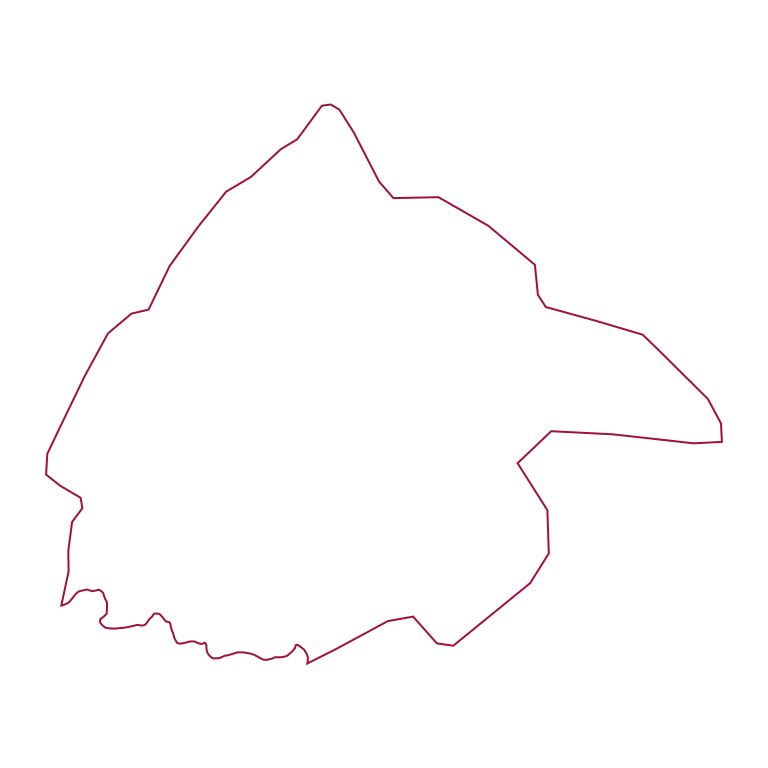 San Antonio, Salto, Uruguay
{"feature_id": "84410073B94997930577424", "entity_name": "San Antonio", "entity_type": "district", "adm_level": 2, "iso_a3": "URY", "parent_name": "Uruguay", "parent_adm1": "Salto", "projection": "orthographic", "projection_center": [-57.814, -31.368], "detail": "fine", "context": "isolated", "style": "outline", "palette": "rose", "viewbox_px": 768, "rotation_deg": 0, "n_neighbors": 0, "source": "geoboundaries", "source_scale": "gbopen_adm2", "svg_char_len": 1949}
<svg xmlns="http://www.w3.org/2000/svg" viewBox="0 0 768 768"><path d="M307.3,663.5L335.6,649.3L387.8,621.1L413.1,616.6L436.9,643.4L453.3,645.7L530.1,583.2L548.8,553.4L547.4,510.2L517.6,463.2L551.2,431.2L612.3,434.3L693.6,443.3L721.9,441.9L721.0,423.4L707.9,399.0L658.5,350.0L642.7,334.7L597.1,321.2L545.8,307.0L537.9,294.8L534.9,264.8L488.2,225.7L438.4,197.2L393.4,198.1L379.1,181.6L353.7,132.3L339.4,109.7L330.8,104.5L321.9,105.7L297.2,139.3L280.9,149.1L251.0,176.9L226.2,191.6L198.1,226.8L169.7,265.9L148.6,309.6L131.5,313.6L108.0,333.4L84.8,375.9L61.3,424.5L47.3,453.8L46.1,474.6L60.4,485.9L80.6,497.8L82.4,508.2L72.1,521.9L68.3,551.0L68.6,571.4L61.3,605.5L63.8,604.9L67.8,603.1L69.9,601.4L73.4,596.9L74.8,595.1L76.1,593.6L78.6,591.6L81.1,590.8L85.4,589.8L87.4,589.6L89.5,590.3L91.8,591.2L96.0,590.5L98.6,589.7L100.8,590.7L103.1,592.8L104.9,598.4L106.8,601.9L107.1,605.2L106.6,613.8L104.0,616.4L100.4,619.1L99.9,621.0L100.5,623.2L103.0,625.8L105.4,627.7L109.8,628.4L114.8,628.6L125.0,627.6L129.8,626.7L132.7,625.9L134.4,625.7L137.0,624.9L142.0,625.5L144.3,625.2L146.1,623.8L149.0,619.7L150.3,618.1L152.2,616.6L153.2,614.7L154.3,613.7L156.2,613.5L158.7,613.8L159.9,614.3L162.0,616.6L165.7,621.3L169.5,622.3L170.2,623.7L171.1,627.4L171.4,629.2L173.2,633.6L174.4,638.1L175.6,640.4L177.0,642.8L179.6,643.7L183.1,643.2L190.5,641.4L192.1,641.4L194.2,641.5L194.7,641.6L198.7,643.3L200.2,643.8L201.7,643.8L203.3,643.5L204.8,642.7L205.9,643.9L206.4,645.3L206.4,647.3L206.5,649.3L207.2,652.0L208.3,654.3L210.8,657.0L213.1,658.4L219.3,658.2L224.6,655.8L228.2,655.2L237.3,652.4L241.4,652.3L244.2,652.5L244.9,652.6L249.6,653.4L253.9,654.7L258.2,656.9L263.3,659.7L266.8,659.8L272.0,658.7L275.1,657.2L278.5,657.3L281.5,657.2L285.6,656.4L287.4,655.6L292.2,651.4L294.9,648.2L295.5,646.1L295.6,645.3L296.5,644.8L298.3,645.2L301.8,647.8L304.0,649.5L305.5,651.9L307.0,654.5L307.9,657.7L307.8,660.5L307.3,663.5Z" fill="none" stroke="#9f1239" stroke-width="2"/></svg>